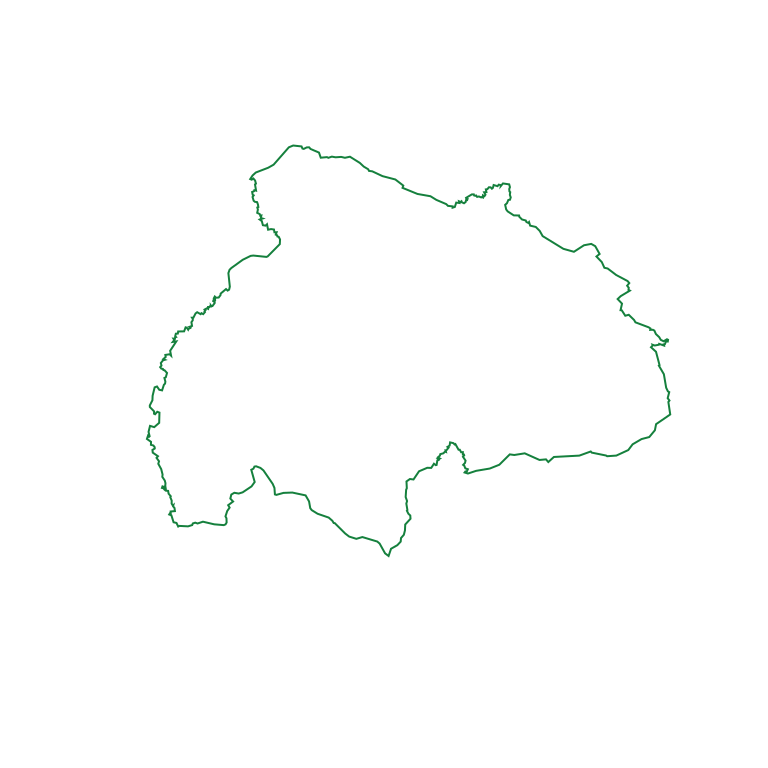 Nong Saeng, Udon Thani, Thailand (Robinson projection), rotated 311°
{"feature_id": "78962969B88250797727132", "entity_name": "Nong Saeng", "entity_type": "district", "adm_level": 2, "iso_a3": "THA", "parent_name": "Thailand", "parent_adm1": "Udon Thani", "projection": "robinson", "projection_center": [102.753, 17.139], "detail": "fine", "context": "isolated", "style": "outline", "palette": "green", "viewbox_px": 768, "rotation_deg": 311, "n_neighbors": 0, "source": "geoboundaries", "source_scale": "gbopen_adm2", "svg_char_len": 6166}
<svg xmlns="http://www.w3.org/2000/svg" viewBox="0 0 768 768"><g transform="rotate(311 384 384)"><path d="M276.0,500.0L278.9,497.9L283.2,497.9L287.2,495.9L291.9,492.2L299.7,492.4L302.0,490.1L302.1,487.5L303.4,484.4L304.2,484.4L308.4,479.3L310.8,478.2L312.9,474.5L318.7,470.1L320.3,469.6L325.2,464.9L329.3,465.9L331.3,468.9L341.1,467.7L349.1,471.6L351.7,474.7L356.6,474.0L356.7,476.3L357.4,476.8L361.3,474.4L362.7,475.2L363.3,475.1L363.1,473.9L364.4,474.8L364.1,472.8L366.6,473.2L368.0,472.5L370.7,474.3L373.1,474.4L373.4,475.3L374.3,474.0L374.7,474.6L378.3,474.5L378.2,473.2L380.6,473.9L383.3,472.2L384.9,475.2L384.7,477.0L385.5,477.3L383.3,483.4L384.1,484.3L383.1,487.0L384.3,488.2L382.6,489.7L383.2,490.5L382.8,491.3L380.9,491.3L379.7,495.8L377.6,496.9L374.9,496.8L375.0,498.2L373.7,500.7L374.7,503.2L372.3,503.9L371.4,502.8L370.1,502.9L371.5,506.1L378.9,510.5L389.6,519.3L398.7,524.0L413.4,525.1L415.9,528.9L424.0,535.7L428.7,551.2L433.4,555.7L432.9,559.2L440.4,560.1L458.1,578.4L468.7,584.3L468.5,585.8L475.7,598.5L475.9,599.8L482.4,606.3L494.4,611.7L501.6,611.2L511.4,614.5L518.0,619.0L526.8,618.8L532.2,615.7L548.8,620.0L557.0,610.4L558.8,610.3L559.4,607.4L565.0,604.6L564.7,603.1L566.3,599.4L575.0,588.8L578.2,579.4L579.0,579.6L586.8,568.1L586.9,561.4L589.5,561.5L589.8,560.9L590.7,563.1L594.0,565.7L594.8,565.3L596.7,570.1L597.4,569.1L598.2,569.9L601.2,568.9L602.2,570.3L603.7,569.4L603.4,568.2L599.7,567.0L598.9,563.9L599.9,561.0L600.1,556.4L601.7,553.0L601.3,551.3L599.5,549.4L600.7,548.7L600.4,546.5L595.5,533.3L596.4,530.7L596.8,523.3L593.8,521.3L595.6,515.1L594.9,514.1L600.8,510.9L601.4,504.6L605.6,505.0L615.8,508.3L615.5,506.7L617.2,505.6L617.7,503.0L621.1,502.9L621.5,500.3L618.6,487.8L617.9,477.0L616.3,474.1L618.9,468.4L619.6,460.7L623.6,461.4L626.6,453.0L625.7,448.5L619.9,443.9L608.4,440.6L603.7,430.7L599.7,406.7L601.7,401.1L602.1,395.5L599.4,390.4L601.4,387.2L600.2,387.2L599.7,385.2L600.4,383.7L598.7,380.2L599.0,376.3L599.8,375.4L596.4,371.3L595.4,364.1L595.9,361.7L598.7,357.9L601.1,358.2L604.5,357.1L605.7,358.2L608.0,357.2L609.3,354.9L611.6,353.4L611.6,352.4L613.3,350.6L615.2,349.9L616.8,347.5L613.4,342.2L609.9,342.3L610.8,341.7L609.7,339.8L607.8,339.9L606.1,336.2L603.5,337.5L602.2,337.3L602.4,335.5L601.3,334.1L598.9,334.2L597.7,333.2L596.0,335.4L594.4,333.8L593.4,336.4L591.6,336.6L591.3,335.0L589.7,336.3L589.4,335.2L588.1,335.2L588.6,335.1L587.8,332.6L586.3,331.5L586.7,329.8L585.9,329.4L585.4,328.3L586.0,327.4L584.7,325.9L578.3,323.8L577.7,325.0L578.3,325.7L577.3,326.1L576.6,325.3L574.9,326.2L572.9,325.8L572.2,323.5L572.7,322.6L571.6,322.4L571.1,320.8L570.1,322.2L568.3,319.5L564.1,321.3L562.1,320.1L563.1,319.3L560.4,315.4L560.6,313.0L557.3,302.7L556.2,295.9L549.4,284.6L544.2,269.3L546.4,268.4L545.8,258.4L539.9,246.5L536.8,235.6L535.0,232.9L535.7,231.2L534.8,226.1L535.0,220.8L533.2,209.2L529.1,206.1L527.3,202.7L523.3,198.7L521.4,195.5L518.2,193.6L517.8,192.1L513.3,187.8L516.0,183.1L513.2,174.4L513.5,172.2L511.9,170.5L508.8,169.2L508.2,168.0L509.2,165.9L504.4,159.0L500.2,156.9L477.1,156.8L471.2,154.7L459.5,148.5L455.1,148.0L450.9,148.6L451.4,150.1L453.4,150.6L453.0,153.2L451.2,155.9L450.0,155.7L446.0,160.6L445.2,159.0L444.2,159.4L442.4,158.5L440.7,160.7L440.9,161.9L438.9,162.1L436.8,165.4L436.8,167.0L438.0,168.9L436.7,171.2L435.1,173.1L434.1,172.6L432.9,174.4L430.0,176.0L430.7,178.8L429.8,180.3L430.7,180.9L428.5,182.2L429.2,183.8L426.6,182.3L426.8,184.9L424.4,188.4L425.8,190.7L427.8,190.9L424.4,195.3L426.8,197.1L428.4,199.6L426.6,201.8L428.1,203.4L425.7,204.3L426.1,205.7L425.4,206.8L426.0,208.0L424.9,210.7L421.2,213.6L404.0,212.5L402.8,211.9L395.2,201.1L393.2,199.3L385.1,195.9L371.4,192.7L368.9,192.5L365.6,193.8L356.3,203.8L353.6,205.2L351.9,204.7L352.0,202.5L345.1,201.4L343.8,202.3L340.8,202.5L338.9,200.6L339.0,198.9L337.2,199.3L337.5,200.5L336.3,201.7L335.3,201.6L335.3,200.4L334.5,200.7L334.7,202.5L334.0,203.1L330.3,203.4L329.5,202.8L329.7,201.8L329.0,202.5L328.3,201.6L326.6,202.0L327.3,201.4L326.7,200.7L325.3,201.9L325.0,200.7L322.6,199.8L322.6,200.8L321.1,200.8L320.8,201.7L318.1,201.7L317.7,199.8L316.4,199.8L315.6,195.9L313.6,195.5L309.1,196.6L308.1,195.6L307.7,197.0L306.5,197.9L304.3,198.1L301.9,201.0L299.7,199.8L300.0,200.9L299.4,201.2L297.6,200.3L296.5,200.6L297.1,198.2L296.6,197.1L292.6,198.6L288.6,194.2L286.8,195.3L285.4,193.9L283.2,195.0L283.0,196.2L282.2,195.7L281.0,196.5L280.1,195.3L279.6,196.9L277.2,197.0L279.9,199.3L268.8,200.8L265.7,204.7L265.8,202.7L262.5,199.9L261.2,201.5L258.0,201.1L258.5,202.7L257.0,201.7L253.4,201.8L251.9,204.0L249.9,204.0L249.5,205.9L250.3,207.2L249.8,208.4L250.4,209.3L250.0,213.0L245.9,214.9L244.5,214.3L242.4,217.4L240.7,218.5L239.0,218.4L233.6,220.7L232.2,218.2L233.2,214.3L231.0,213.1L223.3,217.1L219.8,219.9L214.2,221.3L213.0,222.4L212.5,228.5L210.7,229.9L211.0,231.1L214.3,231.1L215.1,233.3L207.2,239.8L200.7,238.9L198.9,234.9L193.4,237.7L190.8,241.4L190.0,241.3L190.2,239.8L187.0,241.1L187.5,246.1L185.2,248.0L186.3,250.3L185.9,252.3L184.9,253.3L182.3,252.5L180.5,254.5L181.2,260.8L179.0,260.8L178.1,264.9L175.7,266.0L173.6,271.7L170.4,276.3L168.5,277.6L167.3,281.9L165.8,284.1L163.6,285.8L161.9,285.4L161.4,284.0L159.9,284.6L161.1,286.9L162.6,287.0L161.6,288.2L160.3,287.8L160.3,289.2L161.7,291.2L159.9,293.4L159.4,296.7L158.4,296.9L156.7,300.3L154.4,302.2L153.7,304.4L154.4,304.5L153.3,305.1L153.0,307.2L150.9,309.6L147.8,306.6L145.9,308.4L145.8,307.3L144.6,307.5L145.4,309.7L141.6,315.9L143.0,318.5L141.4,322.2L142.6,322.6L148.0,329.5L151.7,331.8L153.3,331.2L155.5,332.5L156.4,334.8L161.3,337.7L166.7,347.9L172.4,355.7L174.1,356.5L176.2,356.1L179.3,353.2L180.1,351.2L185.3,349.0L189.4,348.6L190.3,345.9L196.3,347.2L196.7,343.2L200.4,341.3L203.7,342.4L206.0,346.2L209.5,348.4L219.8,351.2L225.2,350.7L232.2,340.1L234.4,341.0L236.7,340.4L238.0,341.5L239.6,345.8L239.7,349.7L235.6,365.5L233.7,369.5L229.1,374.1L229.7,375.5L235.9,379.6L241.9,386.0L248.5,397.9L246.2,404.5L241.9,409.8L241.4,412.2L242.5,419.0L246.9,429.9L246.9,434.7L246.1,437.2L246.7,438.1L245.7,452.7L246.0,457.8L249.0,464.7L254.3,468.1L260.7,482.3L260.7,485.4L256.9,495.9L257.2,500.3L264.3,497.4L271.1,499.8L276.0,500.0Z" fill="none" stroke="#15803d" stroke-width="2"/></g></svg>